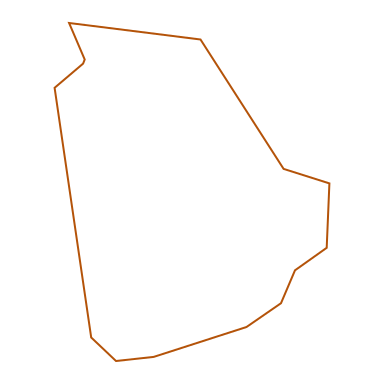 the border of Vodice
{"feature_id": "SVN-1003", "entity_name": "Vodice", "entity_type": "Municipality", "adm_level": 1, "iso_a3": "SVN", "parent_name": "Slovenia", "parent_adm1": "", "projection": "mercator", "projection_center": [14.495, 46.172], "detail": "fine", "context": "isolated", "style": "outline", "palette": "amber", "viewbox_px": 384, "rotation_deg": 0, "n_neighbors": 0, "source": "natural_earth", "source_scale": "10m", "svg_char_len": 296}
<svg xmlns="http://www.w3.org/2000/svg" viewBox="0 0 384 384"><path d="M91.2,337.5L54.6,87.8L83.1,63.6L84.7,59.5L69.1,23.0L200.5,39.5L283.6,168.9L329.4,183.4L326.7,247.8L295.0,270.3L281.0,303.2L246.5,327.0L153.7,356.9L116.0,361.0L91.2,337.5Z" fill="none" stroke="#b45309" stroke-width="2"/></svg>